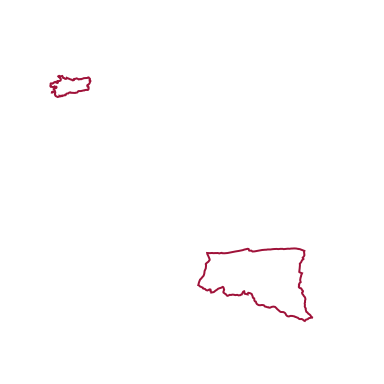 the district of Bengkulu Utara, Bengkulu, Indonesia, rotated 142°
{"feature_id": "22746128B39887218554518", "entity_name": "Bengkulu Utara", "entity_type": "district", "adm_level": 2, "iso_a3": "IDN", "parent_name": "Indonesia", "parent_adm1": "Bengkulu", "projection": "mercator", "projection_center": [102.208, -4.116], "detail": "fine", "context": "isolated", "style": "outline", "palette": "rose", "viewbox_px": 384, "rotation_deg": 142, "n_neighbors": 0, "source": "geoboundaries", "source_scale": "gbopen_adm2", "svg_char_len": 5880}
<svg xmlns="http://www.w3.org/2000/svg" viewBox="0 0 384 384"><g transform="rotate(142 192 192)"><path d="M244.3,114.8L244.1,114.6L243.9,112.8L242.4,110.0L242.7,109.4L242.6,109.0L241.5,107.7L241.2,105.9L240.4,104.9L239.0,104.6L238.3,104.5L237.9,104.3L237.5,103.8L237.7,103.1L238.8,102.4L238.7,102.5L238.7,102.3L238.4,101.9L238.5,101.2L238.7,100.9L236.6,99.8L235.8,99.7L234.5,99.8L231.9,99.6L231.1,99.7L229.4,99.2L228.3,98.7L226.2,98.3L226.0,97.9L226.0,97.4L226.8,95.3L227.3,95.1L227.5,94.7L228.5,94.2L228.9,93.8L229.1,93.4L228.6,91.4L228.3,90.8L228.2,88.7L227.9,88.3L227.1,88.0L225.7,87.8L224.6,86.8L223.6,86.4L223.0,86.0L222.2,85.2L221.4,84.1L220.3,83.5L219.6,83.0L218.9,81.8L218.1,81.4L217.6,81.0L217.2,80.9L216.7,81.0L215.9,80.6L213.4,81.8L212.6,81.9L212.0,81.6L213.1,79.4L211.2,77.0L210.7,77.7L209.7,77.9L208.6,76.6L207.8,75.0L207.8,74.7L208.1,73.8L208.5,72.3L209.0,71.4L209.0,70.8L208.7,70.3L208.5,69.9L208.8,69.3L209.5,68.4L209.7,67.4L209.7,67.0L209.2,66.4L209.3,65.8L209.8,64.7L209.8,63.6L209.2,62.0L208.8,61.5L208.0,60.8L206.6,60.0L205.9,59.4L205.5,59.0L205.0,58.1L205.1,57.2L205.0,56.8L204.0,55.6L203.6,54.8L202.6,54.0L202.5,53.4L201.7,52.8L200.4,52.5L199.5,52.2L198.2,51.4L197.3,50.3L197.0,48.5L197.0,47.8L196.9,47.1L196.3,44.0L196.1,43.2L195.8,42.7L194.0,41.2L193.5,40.3L193.2,39.2L193.2,38.5L193.5,37.6L193.5,36.6L193.4,35.9L193.1,35.2L192.7,34.7L192.1,34.2L191.0,33.9L190.5,33.6L189.5,32.8L187.7,30.7L187.6,30.0L186.9,29.2L186.4,28.2L186.0,27.7L185.8,26.4L185.5,25.8L185.3,25.5L183.8,24.4L183.3,23.5L182.9,21.6L182.6,21.1L182.5,20.9L181.3,21.2L180.7,21.2L179.0,20.5L178.1,20.7L177.6,20.6L175.2,19.5L174.3,18.5L174.5,19.1L174.6,19.8L174.9,20.1L174.6,21.9L174.8,23.2L175.3,24.8L175.2,26.2L175.6,26.8L175.6,27.4L174.6,29.7L174.3,29.9L174.0,30.3L174.0,31.2L173.6,32.4L172.5,33.5L171.9,34.7L171.5,35.1L171.0,35.3L169.9,36.7L168.6,37.7L168.1,38.7L167.8,39.7L167.9,41.0L167.7,42.8L167.8,43.3L167.7,43.9L167.5,44.5L167.2,45.0L166.9,45.1L166.4,45.0L165.8,45.3L165.5,45.8L165.6,47.5L165.4,47.9L165.4,49.0L165.5,49.2L166.1,49.8L166.4,50.9L166.3,51.4L166.0,51.7L165.4,52.0L165.1,52.8L164.7,52.9L164.3,53.3L164.3,53.5L163.2,54.0L161.8,54.1L161.5,55.0L160.9,56.1L159.7,57.2L159.0,57.8L158.1,58.3L157.3,59.1L155.3,60.2L155.8,60.9L156.6,62.5L156.7,63.0L154.1,65.6L151.9,68.0L151.2,69.1L149.2,69.5L147.5,70.4L145.4,70.6L145.3,72.0L143.5,72.4L142.6,72.8L142.1,73.3L141.8,74.0L141.2,74.7L140.7,75.7L139.7,76.4L142.3,80.7L143.0,81.3L143.3,81.8L143.7,82.1L144.4,83.0L145.8,84.3L148.6,86.3L150.4,87.4L151.2,88.2L154.9,90.5L155.7,91.5L157.4,92.8L159.2,93.9L160.3,95.0L162.7,96.7L164.3,97.7L165.4,98.3L167.9,100.2L169.2,100.9L170.1,101.6L172.4,103.1L179.3,106.7L181.0,107.9L181.3,109.2L182.6,110.2L183.0,110.7L182.5,112.2L183.0,112.9L186.4,114.5L187.7,114.9L191.5,116.8L194.0,118.2L201.5,122.0L204.1,123.7L205.9,125.2L206.0,125.7L206.9,126.2L208.3,126.8L209.2,128.0L213.1,130.9L213.7,131.6L215.7,132.9L217.6,134.6L218.1,133.7L218.7,131.0L219.4,128.5L219.9,127.6L220.1,127.5L220.8,127.4L221.4,127.1L221.9,127.0L224.3,127.0L225.3,126.9L225.5,126.6L225.8,126.3L225.8,125.9L226.5,125.1L228.2,123.3L230.7,122.0L232.6,120.1L233.7,119.3L234.7,118.8L236.0,118.6L238.3,118.1L239.6,118.0L242.1,116.5L244.3,114.8ZM212.4,337.6L211.8,336.9L211.2,336.6L210.9,336.5L210.3,336.7L209.8,337.3L209.6,337.4L209.6,337.7L209.3,337.8L208.9,338.3L208.9,339.1L209.1,339.2L209.3,339.1L209.4,339.4L209.2,340.1L208.9,340.5L208.4,340.4L208.1,340.6L207.5,340.4L207.3,340.5L206.8,340.5L206.3,340.6L205.3,341.0L204.8,341.4L203.9,341.8L203.6,342.3L203.7,342.5L203.9,342.7L203.7,342.8L203.8,343.2L203.6,343.5L203.2,343.5L202.8,343.9L202.8,344.7L203.0,345.4L202.9,345.8L203.0,346.0L203.7,346.3L203.9,346.2L204.6,346.5L206.1,347.6L207.4,348.4L208.4,348.6L209.5,349.1L209.8,349.1L210.0,349.4L210.7,349.9L210.8,349.8L212.1,350.6L212.1,351.0L212.5,351.8L213.0,352.6L214.1,352.9L214.3,353.1L214.7,353.2L215.3,353.7L215.5,353.7L215.9,353.0L216.1,352.9L216.4,353.0L216.6,353.2L216.9,353.2L217.2,353.4L217.4,353.6L217.4,353.9L217.6,354.3L217.6,354.5L218.5,355.6L219.0,356.7L219.4,357.2L219.7,357.7L219.8,357.8L219.8,358.1L220.2,358.5L220.4,359.1L221.3,358.7L221.6,358.7L222.3,359.2L222.3,359.6L222.5,360.4L223.2,361.0L223.3,361.3L222.9,362.4L222.8,363.3L224.3,364.0L224.6,364.4L225.1,365.2L225.5,365.1L225.5,365.3L225.8,365.5L226.2,365.5L226.2,364.5L225.6,363.6L225.9,363.3L225.9,363.1L225.6,362.4L225.9,361.6L226.9,360.8L228.0,361.0L228.4,361.4L229.2,361.6L229.4,362.0L229.6,362.2L230.0,361.7L230.3,360.8L230.8,360.7L231.4,361.4L231.5,362.6L232.1,363.0L232.4,362.8L232.6,363.0L233.2,363.3L233.5,363.3L233.7,363.2L234.0,363.3L234.3,363.1L234.7,363.3L235.2,363.3L235.3,363.6L236.2,364.4L236.5,364.5L236.7,364.4L236.8,364.1L237.8,363.3L237.7,362.9L238.2,362.7L238.5,362.4L238.5,361.8L238.2,361.6L237.1,360.5L236.5,360.1L235.5,359.6L235.2,359.7L235.1,359.4L234.8,359.0L234.1,358.5L234.1,358.4L234.2,358.0L234.4,357.8L234.9,357.6L235.2,357.6L235.8,357.9L236.0,358.3L236.3,358.4L237.6,358.3L237.6,358.1L237.8,357.8L237.7,356.5L237.9,356.0L238.1,355.9L238.3,354.8L238.5,354.6L239.0,354.1L239.3,353.9L239.4,354.0L239.7,353.3L240.0,353.2L240.3,352.2L240.2,351.9L240.3,351.5L240.0,350.8L239.3,349.5L238.2,349.1L237.9,349.1L237.6,349.0L237.4,349.2L237.3,348.7L236.9,348.5L236.7,348.3L236.2,348.3L236.1,348.5L235.9,348.5L235.8,348.4L235.7,348.3L235.8,348.1L235.5,347.6L235.2,347.5L234.8,347.8L234.5,347.7L234.2,347.3L233.7,347.0L233.1,346.9L232.5,346.4L232.0,346.7L231.5,346.3L231.2,346.5L230.4,346.7L230.0,346.6L229.4,346.3L229.0,345.9L227.4,345.9L226.5,345.4L226.3,344.6L225.8,344.4L224.7,343.3L224.0,342.8L223.6,342.4L222.9,341.9L222.4,341.8L221.9,341.4L221.2,341.1L220.7,341.1L220.0,341.4L219.4,341.4L218.9,341.1L217.3,339.9L216.0,339.3L215.6,339.1L214.5,338.6L214.4,338.4L213.6,338.2L212.4,337.6ZM241.0,356.4L240.1,356.3L239.9,356.6L240.0,356.8L240.7,357.0L241.2,356.6L241.0,356.4Z" fill="none" stroke="#9f1239" stroke-width="2"/></g></svg>